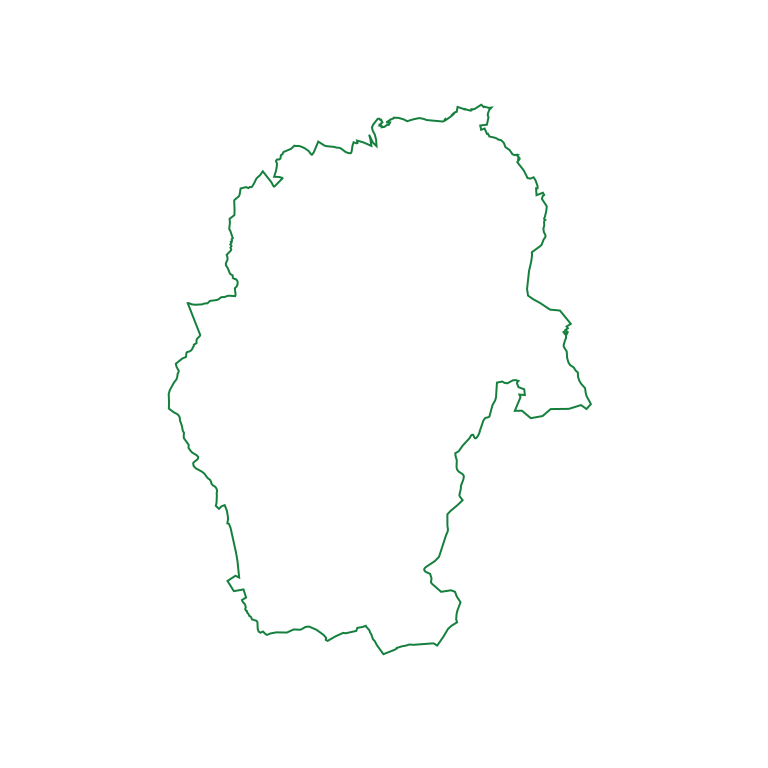 Palmito, Sucre, Colombia, rotated 238°
{"feature_id": "7082276B68418970079428", "entity_name": "Palmito", "entity_type": "district", "adm_level": 2, "iso_a3": "COL", "parent_name": "Colombia", "parent_adm1": "Sucre", "projection": "albers", "projection_center": [-75.556, 9.333], "detail": "fine", "context": "isolated", "style": "outline", "palette": "green", "viewbox_px": 768, "rotation_deg": 238, "n_neighbors": 0, "source": "geoboundaries", "source_scale": "gbopen_adm2", "svg_char_len": 6166}
<svg xmlns="http://www.w3.org/2000/svg" viewBox="0 0 768 768"><g transform="rotate(238 384 384)"><path d="M336.0,574.3L353.1,572.1L359.1,564.2L370.0,559.3L376.9,555.4L382.7,553.0L388.8,555.7L403.0,566.9L409.7,573.6L414.6,577.7L417.4,579.2L418.2,590.4L418.8,591.8L421.9,595.9L423.3,599.0L424.8,599.8L428.2,600.1L431.3,601.5L433.6,604.0L436.6,605.6L437.7,606.9L437.7,607.6L438.3,607.3L439.5,607.4L440.1,608.6L444.8,613.4L448.5,616.2L457.4,616.0L459.4,618.4L459.4,620.0L462.0,620.1L463.3,613.4L469.4,616.7L468.6,617.9L470.4,619.1L476.2,620.4L480.0,620.4L480.6,617.0L482.5,614.9L491.0,615.7L501.5,614.6L502.6,617.4L503.3,616.8L504.8,617.9L504.4,618.5L507.4,618.0L507.4,618.9L508.0,618.4L508.8,616.1L510.8,614.7L515.9,614.5L520.6,612.5L524.9,613.4L528.6,612.6L531.0,610.2L532.1,610.0L534.1,608.5L538.1,604.5L541.1,604.8L541.5,603.9L547.3,604.7L548.1,601.1L552.2,602.6L549.4,608.7L555.0,614.1L556.6,614.2L558.4,615.5L560.6,618.4L561.5,621.5L562.5,619.3L566.1,616.0L566.0,615.3L569.3,614.5L569.2,606.2L570.7,603.7L569.7,603.3L569.9,602.3L573.0,599.4L574.1,597.9L574.5,598.2L575.1,597.2L580.0,593.2L576.3,589.9L576.8,588.6L576.7,586.8L576.1,583.3L575.7,584.5L575.5,583.6L575.2,578.8L575.2,576.9L576.3,576.7L576.1,575.7L575.1,575.7L575.4,573.0L585.2,560.1L587.8,558.1L590.8,554.9L592.9,549.2L594.6,542.9L597.9,541.0L602.0,537.3L604.7,533.4L604.2,532.9L604.9,529.4L604.6,529.3L604.7,525.5L604.3,525.2L602.5,527.7L601.2,525.2L602.2,524.0L601.8,520.7L603.0,518.0L604.1,518.7L605.6,516.9L606.4,517.7L605.7,518.8L606.6,519.4L606.7,521.3L609.7,521.6L609.8,520.8L611.5,520.6L612.2,519.1L609.7,512.2L607.9,509.7L604.6,508.6L600.5,508.4L595.2,506.7L589.7,503.7L594.7,502.5L603.3,503.5L599.2,502.3L592.6,499.5L599.9,494.5L604.7,490.1L602.4,489.2L602.7,488.2L605.1,486.3L602.7,483.5L598.3,479.7L597.5,478.7L597.4,477.9L598.8,476.1L601.1,474.4L606.6,472.3L608.1,471.1L609.8,468.8L611.3,467.6L616.3,461.1L617.7,459.9L624.4,456.7L617.8,447.4L616.6,444.6L616.9,444.1L617.9,443.8L621.4,443.6L625.6,441.9L629.3,439.5L631.2,437.7L632.7,435.1L633.6,434.3L632.7,429.8L634.0,421.6L632.7,419.7L632.6,417.8L630.1,415.6L629.9,414.4L631.1,412.1L630.3,410.5L627.8,410.1L625.7,408.7L621.9,405.3L618.0,400.6L615.1,404.8L612.7,407.0L612.2,406.9L609.6,396.1L609.7,395.3L610.3,395.1L615.0,395.4L628.6,393.9L626.7,389.4L626.2,386.0L625.6,384.2L623.2,380.5L621.4,377.1L621.2,375.9L622.2,374.4L621.9,372.9L624.1,371.3L625.8,366.0L621.2,362.0L620.1,360.4L619.3,354.7L618.9,354.1L610.6,349.4L606.5,346.6L605.9,340.6L602.3,338.7L597.5,334.9L595.2,334.8L587.7,333.0L587.6,331.7L585.7,330.8L585.8,329.5L584.4,329.4L583.8,327.6L581.8,327.8L581.0,326.0L579.1,325.8L578.3,324.7L576.9,319.0L574.1,318.3L572.3,317.1L570.3,314.0L568.4,312.8L564.9,312.9L559.1,311.8L556.3,313.2L554.0,312.0L552.5,312.8L551.4,313.9L549.6,314.3L548.2,314.0L546.3,312.8L544.8,310.8L544.2,308.2L538.4,305.5L537.4,304.3L541.1,299.2L541.7,297.8L542.2,294.9L543.4,292.9L543.9,291.6L543.5,288.4L543.9,286.5L546.7,280.4L546.0,277.0L547.4,274.4L548.0,271.8L551.2,266.0L553.4,263.2L556.4,261.0L556.6,260.4L522.9,254.1L522.4,253.5L521.3,249.2L520.8,248.5L518.0,246.6L518.1,243.6L516.7,242.5L516.4,241.3L515.3,239.9L514.7,238.2L514.7,236.2L515.4,234.1L515.2,233.1L511.9,230.4L512.5,226.2L511.5,218.2L508.7,217.2L503.9,216.9L502.7,215.8L502.2,214.6L499.3,212.2L497.8,210.2L496.6,206.8L492.4,199.2L489.6,196.1L482.5,192.1L477.1,188.5L470.8,191.0L468.2,192.7L465.9,193.2L463.7,193.0L461.3,191.7L455.2,190.3L451.0,188.6L448.6,188.5L445.6,186.3L444.0,185.6L435.9,186.1L433.4,184.4L430.4,184.5L427.8,184.9L422.8,187.4L420.6,187.8L419.4,186.8L418.9,185.7L418.4,181.0L417.8,180.1L415.4,179.1L412.2,179.7L406.4,183.0L403.1,184.2L398.0,184.5L394.9,185.7L392.5,185.5L391.2,184.9L388.8,185.1L386.3,186.4L384.0,186.5L381.9,185.9L379.9,184.1L378.5,183.5L372.1,179.1L369.8,176.8L365.6,177.9L366.4,181.4L365.7,184.7L362.0,184.0L359.7,183.6L353.6,181.0L351.9,180.0L348.8,177.3L347.5,178.4L343.2,177.6L320.1,169.4L312.1,166.2L296.6,158.6L300.1,156.4L299.9,146.9L287.9,146.9L284.2,156.0L276.0,153.9L276.1,149.1L273.9,148.7L271.5,149.3L269.8,149.1L267.8,148.4L266.8,147.0L264.9,146.9L264.2,147.4L262.5,146.8L261.0,147.2L258.6,146.9L257.4,147.7L254.2,147.4L251.0,150.2L249.8,150.5L249.0,150.4L243.2,147.1L240.5,146.5L238.6,147.4L238.2,150.2L234.4,151.1L233.2,151.9L232.6,155.5L230.5,161.0L224.7,169.9L223.7,177.3L220.0,182.8L219.7,184.0L219.6,188.7L218.0,191.9L211.5,196.4L203.3,199.8L199.3,200.4L198.1,199.2L197.5,199.1L196.0,200.1L195.7,209.0L194.6,217.5L192.9,219.4L189.3,229.7L191.3,232.2L189.3,237.1L188.6,240.4L187.5,240.3L183.0,241.1L180.3,240.5L178.5,240.6L173.5,239.4L170.7,239.9L166.4,239.6L155.2,240.3L152.9,252.7L153.0,254.8L153.4,255.0L151.9,260.7L150.6,263.7L149.7,267.3L147.2,270.8L138.2,287.9L137.3,288.9L134.0,290.5L138.0,300.0L142.4,308.6L143.2,313.2L143.2,319.7L146.2,320.5L150.3,323.5L153.0,326.2L158.3,333.2L165.2,333.1L170.2,334.1L173.6,331.4L177.5,322.3L189.2,318.8L190.9,318.7L193.8,321.2L198.5,322.5L202.8,319.7L204.5,319.5L205.6,319.9L206.2,320.9L206.6,322.7L206.9,333.3L208.3,339.1L222.9,356.5L225.3,360.0L227.2,361.4L230.1,362.6L239.9,368.7L241.1,373.2L242.3,381.9L243.8,389.1L248.4,388.7L249.8,389.0L254.5,393.7L256.9,395.3L260.9,400.6L263.1,402.6L264.1,403.0L265.9,402.9L270.4,400.8L273.0,400.7L275.3,401.6L280.7,405.3L284.1,406.2L287.5,407.7L287.4,411.8L290.0,417.9L292.7,427.7L294.3,430.8L294.2,432.0L293.6,432.7L291.4,432.3L289.8,432.4L289.3,433.2L289.5,434.4L290.5,436.7L292.2,439.2L293.6,440.6L300.4,449.0L301.5,451.8L300.5,455.1L300.5,456.1L308.6,464.8L311.2,469.6L313.3,471.9L325.3,480.5L323.5,485.5L321.0,486.9L319.2,489.0L318.8,495.4L317.4,497.9L315.3,499.6L314.9,498.0L314.1,497.1L310.0,496.4L305.2,500.1L300.0,497.6L303.3,493.2L300.5,492.8L291.9,480.7L288.3,486.8L277.2,490.4L272.8,501.5L274.4,512.1L265.0,527.5L261.7,539.9L255.5,542.5L257.3,548.8L266.5,549.4L269.2,550.2L273.9,552.3L280.0,551.3L283.4,551.4L287.0,552.2L291.1,554.5L293.6,553.7L297.7,553.6L301.3,551.9L304.4,551.8L309.3,553.2L314.7,556.2L320.3,556.2L321.8,557.0L325.0,560.5L326.4,562.6L328.6,564.0L330.6,567.3L330.9,567.3L330.6,563.9L332.9,563.7L332.9,566.6L333.7,566.5L333.8,569.5L336.0,569.3L336.0,574.3Z" fill="none" stroke="#15803d" stroke-width="2"/></g></svg>